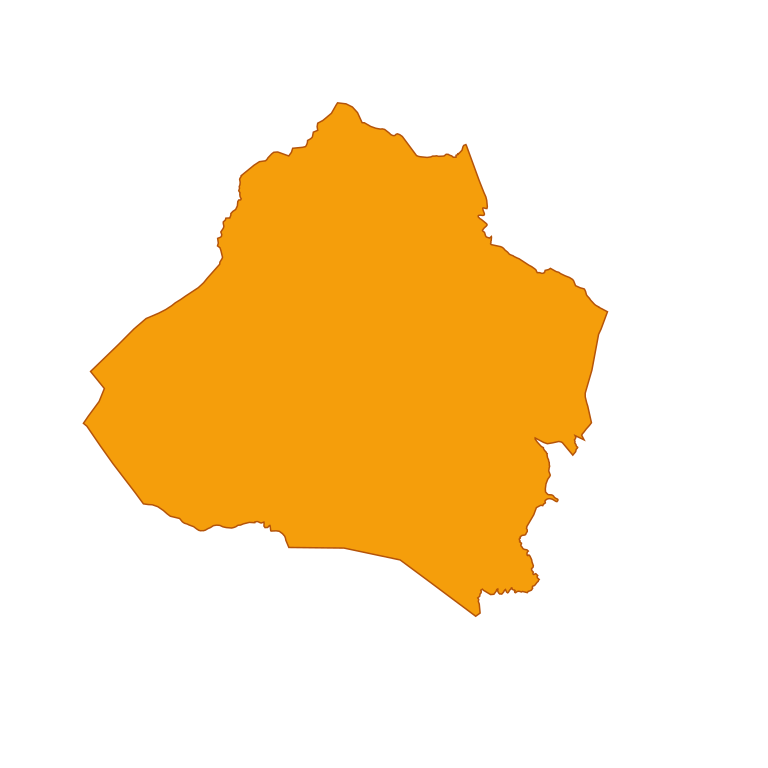 Chila, Puebla, Mexico, rotated 127°
{"feature_id": "50627088B98885492847663", "entity_name": "Chila", "entity_type": "district", "adm_level": 2, "iso_a3": "MEX", "parent_name": "Mexico", "parent_adm1": "Puebla", "projection": "natural_earth1", "projection_center": [-97.885, 17.967], "detail": "fine", "context": "isolated", "style": "filled", "palette": "amber", "viewbox_px": 768, "rotation_deg": 127, "n_neighbors": 0, "source": "geoboundaries", "source_scale": "gbopen_adm2", "svg_char_len": 6171}
<svg xmlns="http://www.w3.org/2000/svg" viewBox="0 0 768 768"><g transform="rotate(127 384 384)"><path d="M303.4,623.4L303.4,623.1L306.4,622.8L307.4,622.5L309.4,620.3L311.5,619.0L313.5,618.4L314.6,617.2L317.1,616.3L317.9,614.2L319.4,613.2L320.7,612.0L321.6,610.6L322.0,609.5L323.3,609.3L324.4,610.7L326.2,610.6L330.0,608.3L333.9,607.5L337.1,608.6L340.0,608.9L341.4,607.9L344.2,607.1L346.7,610.1L348.5,609.4L351.3,609.9L352.6,608.9L354.4,606.8L356.2,606.1L360.8,605.8L362.2,603.6L363.8,602.7L365.2,602.9L367.8,604.5L371.2,601.1L373.9,600.1L373.9,597.0L375.4,594.8L379.9,589.3L381.2,588.8L385.4,588.4L387.2,587.3L406.0,588.8L411.7,589.0L418.9,590.3L433.2,595.4L438.8,597.2L444.6,599.5L449.3,600.7L456.1,603.2L462.9,606.5L474.9,613.4L490.3,616.8L512.6,619.9L550.6,625.9L555.9,604.6L569.4,601.0L587.6,600.8L596.3,600.4L596.5,595.9L604.3,572.8L610.8,552.3L620.6,517.1L624.5,504.0L622.2,499.8L619.9,496.4L618.1,490.8L617.8,484.3L618.2,479.1L618.2,475.1L614.4,466.3L615.4,462.1L615.3,459.7L614.2,456.6L614.0,455.2L612.5,450.2L612.5,446.0L612.3,443.8L611.5,442.0L610.8,441.3L609.8,439.9L608.2,438.7L605.5,437.6L603.1,436.2L599.8,435.0L597.4,432.7L595.7,430.0L595.0,426.7L593.6,423.6L590.7,419.0L589.0,417.6L587.1,416.4L584.7,415.6L583.0,413.7L580.3,412.1L575.5,408.2L572.8,404.1L572.4,403.7L571.9,404.1L570.7,403.1L569.8,401.9L569.3,399.4L568.9,398.4L566.6,396.8L567.5,395.9L569.7,394.4L570.3,392.6L568.6,390.6L566.0,390.3L565.6,390.0L565.9,389.5L569.3,386.2L569.4,385.7L566.2,381.8L564.7,379.1L564.6,375.0L565.3,371.8L566.3,370.1L567.9,368.3L571.8,361.6L539.1,317.2L514.8,265.2L514.5,227.6L514.3,171.0L509.1,169.4L502.4,175.5L500.9,177.8L499.0,178.7L498.5,180.4L496.0,179.8L493.9,180.9L492.3,180.8L491.1,181.5L490.5,182.6L488.6,181.9L488.9,180.5L488.0,172.1L485.8,169.7L481.8,169.7L480.3,170.3L479.2,169.8L479.6,169.3L480.2,169.2L480.9,168.6L481.6,167.4L482.0,166.1L482.0,165.0L481.5,164.6L481.0,163.6L480.5,163.4L477.7,163.3L477.2,163.5L476.0,163.6L475.0,163.3L476.4,161.0L476.4,159.6L475.7,159.3L472.6,159.6L471.7,159.2L470.7,159.6L470.1,159.5L469.9,158.9L470.4,158.4L470.7,157.8L470.6,156.7L470.0,155.6L470.1,155.0L471.3,154.7L471.5,154.4L471.7,154.1L471.5,153.3L469.7,152.8L468.5,151.8L467.8,150.4L467.5,149.2L466.3,148.5L464.4,144.0L462.8,144.0L461.7,143.2L459.9,142.2L457.8,142.3L457.6,142.7L457.2,142.9L457.0,143.3L456.1,143.6L454.5,142.6L453.5,142.4L450.2,142.4L448.9,142.1L447.6,142.5L446.7,142.4L446.5,144.8L445.7,145.8L444.4,146.0L444.3,147.8L444.1,148.4L444.3,148.9L445.9,149.6L446.1,149.9L446.0,150.8L445.2,151.3L444.4,151.5L444.0,153.6L442.9,154.9L442.3,155.0L441.6,154.8L440.6,154.7L439.2,155.4L437.1,158.6L435.5,160.3L433.6,163.8L433.3,165.2L433.7,165.7L434.4,165.8L434.6,166.1L434.5,166.7L433.5,167.7L432.3,168.3L431.7,168.4L430.6,168.2L430.4,170.1L431.4,172.0L431.8,173.3L431.8,174.1L431.3,175.2L430.8,177.1L430.4,177.7L429.8,178.0L429.0,178.0L428.4,178.4L428.4,180.7L427.5,180.8L427.1,181.9L426.4,182.7L425.3,182.4L424.9,182.5L424.9,182.9L424.3,183.2L423.1,183.0L421.8,182.6L420.0,180.8L419.1,180.3L418.8,180.3L418.1,180.6L415.7,180.8L415.3,181.0L414.2,181.9L413.6,183.3L412.7,183.6L412.2,184.1L398.3,185.7L391.0,187.9L386.9,186.0L386.3,185.5L385.6,184.0L383.8,184.3L383.1,183.9L381.8,183.6L380.6,185.0L379.7,185.1L377.6,184.4L376.7,183.7L375.7,182.5L374.7,180.1L374.3,176.1L373.9,175.1L372.5,175.0L371.7,175.5L371.5,176.1L372.0,178.4L371.9,180.0L371.5,181.1L371.4,182.3L371.8,183.6L373.4,186.0L373.6,186.9L373.0,190.0L370.7,192.0L366.3,194.5L361.5,195.9L358.0,196.0L356.7,196.4L354.3,200.1L351.6,201.6L349.8,202.3L349.6,202.9L347.1,204.9L346.7,205.8L345.5,207.0L344.4,209.1L342.2,211.4L341.4,211.7L341.4,212.6L340.8,213.6L340.4,215.9L339.7,217.7L338.9,218.4L339.2,220.4L339.1,221.7L338.1,226.8L337.0,230.2L336.1,230.8L334.6,221.4L333.4,217.6L329.6,214.0L324.7,209.8L323.6,207.5L323.5,206.1L327.2,190.4L322.7,190.2L320.5,191.2L318.8,191.0L318.0,191.2L317.9,192.6L317.6,193.4L316.8,194.3L316.2,196.2L315.0,196.8L314.0,198.3L312.6,198.2L311.0,198.8L310.2,200.3L308.2,190.6L306.0,195.2L304.6,195.6L302.4,195.4L298.2,195.4L293.4,195.0L290.1,195.0L279.1,207.9L277.2,210.6L273.2,215.5L270.2,217.8L247.8,226.3L215.2,242.5L209.5,243.7L191.8,249.0L193.4,258.6L193.2,258.6L193.7,262.1L193.7,263.6L192.7,269.3L192.0,271.3L191.3,274.9L190.9,276.0L188.8,278.7L187.7,280.8L187.6,281.5L189.1,285.2L190.2,290.2L187.5,294.6L187.0,296.3L187.3,299.9L188.6,304.5L189.6,309.5L189.6,311.6L190.6,314.1L191.5,320.7L193.5,321.4L196.3,323.7L197.9,323.0L198.4,323.2L199.1,323.1L199.9,323.7L200.7,324.6L201.4,326.7L202.8,328.6L202.3,329.9L201.5,331.1L201.3,332.8L201.4,336.7L201.9,339.7L202.7,351.6L203.2,353.4L203.9,357.0L203.9,358.3L204.3,359.3L204.9,361.9L204.3,364.6L204.2,368.1L203.7,370.1L203.7,371.8L204.1,373.5L207.9,381.7L208.1,382.3L207.9,383.3L206.8,383.6L206.0,384.4L205.1,384.6L202.2,386.4L201.6,387.0L204.0,387.6L205.0,390.8L204.5,392.1L202.4,395.0L202.4,397.3L201.9,397.9L199.3,397.9L196.1,397.3L194.9,397.4L194.3,398.4L194.0,405.0L194.2,407.0L193.8,409.3L193.3,409.8L192.8,410.0L192.1,409.7L191.1,408.5L189.9,406.5L189.1,405.8L188.3,405.8L187.4,406.5L185.7,409.3L184.4,410.8L183.7,410.9L183.2,410.0L182.5,408.2L181.9,407.4L180.2,408.2L175.5,412.5L173.3,415.2L170.8,419.7L164.3,430.3L144.1,461.5L143.5,462.7L145.5,463.9L147.0,463.7L150.4,462.4L154.0,462.8L155.0,463.1L155.6,463.6L156.0,463.0L158.0,464.1L159.5,463.0L161.2,465.1L161.1,467.2L161.8,469.4L161.9,470.8L162.6,471.9L163.1,472.6L165.6,473.2L166.4,473.9L169.4,477.5L170.1,479.3L171.6,480.8L172.7,482.3L174.5,483.3L177.1,485.9L180.5,491.5L181.5,493.5L182.0,495.5L175.3,518.3L175.4,521.5L176.1,523.8L177.2,524.6L178.7,524.8L179.6,525.4L180.3,526.6L180.7,528.6L180.4,531.1L180.3,536.7L181.3,538.9L182.6,540.3L184.7,544.5L186.3,549.6L187.2,556.9L188.5,558.7L183.2,568.5L181.8,575.9L183.1,582.9L187.4,590.3L190.1,590.1L199.4,588.9L210.2,591.4L215.6,593.9L218.7,592.3L221.3,589.6L225.4,592.0L229.3,590.1L230.4,589.8L232.6,590.3L235.5,591.6L237.1,590.6L238.3,590.1L240.4,589.6L241.7,589.6L244.0,591.5L250.7,598.8L254.6,597.4L259.2,597.3L262.5,608.0L262.9,608.8L265.3,611.5L267.8,612.2L273.2,612.8L275.3,612.6L277.1,613.0L281.4,617.3L287.5,619.5L303.4,623.4Z" fill="#f59e0b" stroke="#b45309" stroke-width="1.5"/></g></svg>